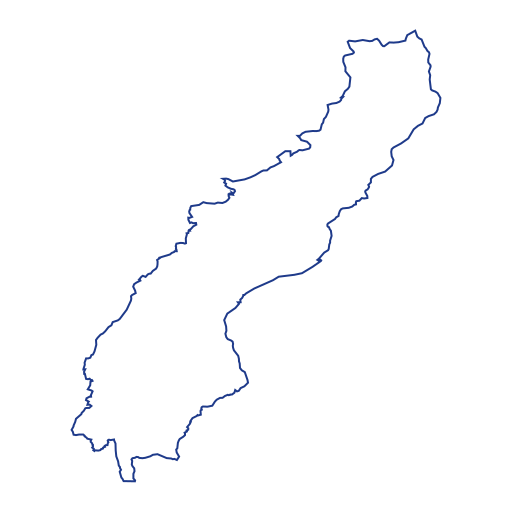 Cernesti, Maramures, Romania
{"feature_id": "2599482B23598129947364", "entity_name": "Cernesti", "entity_type": "district", "adm_level": 2, "iso_a3": "ROU", "parent_name": "Romania", "parent_adm1": "Maramures", "projection": "robinson", "projection_center": [23.78, 47.557], "detail": "fine", "context": "isolated", "style": "outline", "palette": "blue", "viewbox_px": 512, "rotation_deg": 0, "n_neighbors": 0, "source": "geoboundaries", "source_scale": "gbopen_adm2", "svg_char_len": 5996}
<svg xmlns="http://www.w3.org/2000/svg" viewBox="0 0 512 512"><path d="M328.1,250.2L328.7,249.0L329.3,244.4L330.1,242.7L330.1,240.6L331.6,235.9L330.9,230.8L329.6,228.9L329.0,227.2L328.1,226.9L327.4,226.0L327.4,224.4L328.0,223.5L335.0,219.0L336.2,217.3L338.5,216.0L338.8,214.0L339.8,211.1L341.1,209.2L342.8,208.4L348.8,207.8L352.3,206.5L354.2,204.8L356.0,204.4L355.9,202.1L356.3,201.2L359.4,200.7L361.8,198.1L364.1,198.5L367.4,198.0L367.3,196.0L365.4,192.5L365.2,191.3L365.7,190.5L367.6,189.4L368.9,187.4L369.1,186.6L368.3,184.9L370.9,182.4L370.9,178.9L372.5,176.9L378.2,173.9L385.1,171.6L392.0,165.5L393.5,160.0L391.7,156.3L391.2,151.9L391.7,149.2L393.5,147.5L401.0,143.5L408.3,138.4L413.7,129.3L418.0,125.8L422.5,123.5L425.2,118.0L428.6,116.1L434.0,114.3L436.5,111.9L437.6,109.6L437.9,107.5L439.8,103.2L440.4,97.9L437.6,93.1L435.4,91.6L432.1,90.4L430.9,89.3L429.7,79.5L430.2,75.2L428.9,71.5L430.6,66.7L430.5,65.3L428.3,62.5L428.2,59.5L429.5,53.9L429.0,52.3L427.4,50.9L425.8,48.1L424.5,46.8L421.6,39.5L419.3,38.4L417.3,36.6L415.2,30.7L407.3,35.1L405.9,38.5L405.4,40.6L398.6,42.2L393.6,42.6L389.4,42.4L384.3,46.2L383.0,46.1L381.6,44.7L379.1,40.7L377.1,38.8L374.6,39.4L372.2,40.9L369.6,41.2L362.8,40.0L355.1,41.4L349.1,40.7L347.7,41.8L350.1,48.1L353.6,51.5L353.9,52.6L352.5,53.8L345.1,55.5L343.8,56.6L343.2,58.8L343.3,61.9L345.5,67.3L345.4,71.3L350.4,77.4L349.4,86.6L347.9,88.8L344.9,91.3L342.7,96.0L341.4,97.2L342.8,97.2L341.3,98.7L341.1,100.0L339.6,101.6L336.4,103.0L332.0,103.6L327.6,105.0L328.5,109.7L328.2,111.7L325.9,116.9L323.9,119.1L323.1,122.7L321.8,124.3L320.5,129.7L319.1,130.7L316.4,131.1L312.7,131.0L305.5,131.8L302.3,133.4L299.9,135.9L297.8,135.9L300.1,138.2L301.2,140.1L307.0,141.7L310.4,145.1L310.2,147.3L309.1,148.6L302.5,150.3L299.5,150.0L298.6,150.4L297.1,151.7L293.3,153.4L292.2,154.8L290.7,155.7L290.4,151.2L285.3,151.2L277.2,157.1L279.2,159.0L279.7,160.6L281.0,162.2L274.0,166.1L270.5,167.4L266.9,170.4L263.4,170.5L261.5,171.3L255.3,175.1L250.5,177.3L244.6,179.4L232.9,181.5L228.4,179.1L226.1,178.6L223.0,178.8L224.7,179.8L225.1,180.9L224.2,182.5L226.1,183.7L225.4,185.6L227.8,187.4L231.0,188.8L233.6,189.3L234.6,190.0L235.0,191.2L233.3,193.6L232.0,192.7L233.0,194.8L232.4,194.7L231.7,193.0L230.4,193.4L230.1,194.0L230.5,194.5L229.8,194.5L229.1,193.8L228.6,194.2L229.1,194.9L228.6,195.4L228.7,196.3L229.4,197.8L228.1,199.7L225.7,201.7L222.4,203.0L217.8,202.6L214.6,203.7L206.7,203.1L203.3,202.2L199.2,204.9L191.2,206.1L190.3,207.9L190.2,209.7L189.7,209.9L189.2,211.4L189.4,213.0L192.1,216.9L189.4,217.9L188.3,217.7L188.4,219.8L190.0,223.0L191.5,222.4L193.1,223.2L196.0,223.0L196.3,224.7L193.3,226.3L190.7,229.2L189.4,229.8L189.9,230.7L188.6,230.8L188.3,233.0L186.6,233.3L186.9,234.3L185.8,238.4L186.0,243.2L184.9,243.6L183.0,243.0L180.3,242.9L176.4,243.7L175.7,246.2L176.1,246.9L175.9,249.1L176.4,249.4L176.7,251.2L174.6,251.2L174.1,252.0L171.8,252.9L169.9,254.5L159.6,257.6L159.9,258.0L157.1,260.0L157.6,261.5L157.5,264.5L157.2,266.5L156.1,268.6L152.8,270.9L150.7,273.6L149.3,273.7L147.8,274.4L145.6,276.9L142.8,275.8L141.5,276.7L139.1,279.5L140.0,279.8L140.4,280.6L136.4,282.6L134.1,284.2L133.2,286.7L135.1,290.6L135.7,293.1L132.1,295.0L131.0,296.2L131.3,298.6L130.9,300.7L126.7,309.7L119.7,319.0L117.8,320.4L112.7,322.1L111.4,325.3L108.5,327.1L105.2,331.3L102.9,333.5L100.6,334.6L97.6,337.8L96.0,340.0L96.3,344.8L94.5,351.4L93.0,354.5L91.4,355.1L90.3,357.7L88.2,358.4L86.1,358.4L84.6,362.7L84.8,364.8L83.5,368.8L83.4,369.4L85.2,369.3L84.1,371.6L84.2,373.9L84.9,373.9L86.1,378.9L88.0,379.2L89.6,378.7L91.0,380.2L91.9,380.0L92.3,380.5L92.5,380.9L90.5,381.6L90.2,385.3L87.8,389.3L91.5,390.5L92.6,391.3L90.8,395.4L91.0,395.4L91.1,396.7L89.3,396.8L86.5,398.3L86.0,400.1L88.7,401.6L88.2,402.2L87.4,404.8L89.6,404.6L91.4,406.0L89.3,407.9L86.1,408.0L85.2,408.4L83.9,410.7L81.7,412.9L81.3,414.2L76.0,418.8L75.2,421.9L73.6,425.5L73.5,426.5L71.6,429.9L72.8,431.7L73.6,434.7L76.0,435.1L79.2,434.5L83.2,434.5L84.7,435.8L84.6,436.3L86.6,437.7L87.3,438.7L91.3,439.6L90.7,440.8L90.7,441.8L92.2,443.4L92.4,444.8L92.9,444.9L93.0,446.4L92.2,447.6L93.8,448.7L93.8,449.4L93.3,450.2L94.4,451.0L94.9,450.3L98.3,450.6L100.4,450.1L101.2,449.0L102.8,448.7L103.1,448.3L103.0,447.8L103.6,447.2L105.0,446.8L104.7,445.9L105.8,445.2L107.5,445.1L107.8,443.1L108.4,442.3L107.7,440.7L108.3,439.9L109.0,439.7L110.6,440.1L114.0,439.5L114.1,440.4L115.5,443.5L115.7,450.5L116.3,456.4L118.1,461.3L118.8,465.6L120.0,467.1L119.9,467.8L121.0,469.8L119.7,471.7L121.4,477.6L122.4,478.7L123.6,481.1L134.9,481.3L135.1,480.4L133.4,478.4L133.4,473.8L134.5,471.2L134.2,468.3L132.5,466.2L131.8,464.6L132.2,461.0L131.5,459.4L132.5,458.2L134.9,457.8L136.5,456.9L138.2,457.1L139.3,457.9L142.5,458.2L145.3,457.8L150.3,456.3L152.9,454.8L157.5,454.2L166.7,458.1L171.2,458.5L172.8,459.2L174.4,458.9L176.9,460.0L179.1,456.6L176.7,452.5L176.2,449.6L177.3,448.3L177.9,442.8L178.8,440.5L179.7,439.0L183.3,436.7L185.0,435.1L185.0,433.6L184.6,432.7L186.9,431.5L187.0,431.1L186.5,431.0L186.5,430.5L188.2,429.7L188.3,428.3L187.1,427.1L189.9,423.8L190.7,422.0L190.2,421.9L190.4,421.1L192.5,418.1L196.5,416.1L197.5,415.1L197.9,415.5L200.8,414.7L200.5,411.0L200.8,410.2L201.8,409.7L201.3,408.2L201.7,407.2L202.9,406.5L207.5,406.7L212.3,405.7L214.9,401.6L216.7,399.7L220.0,397.9L222.6,397.8L224.9,396.0L227.8,394.8L228.7,395.2L230.2,394.8L230.3,394.5L232.0,394.5L234.4,392.7L235.2,390.0L237.0,391.4L238.8,390.8L240.6,388.1L244.4,386.3L248.0,382.7L247.5,380.0L244.8,372.1L241.8,370.3L240.0,368.0L239.7,363.5L239.0,361.3L238.9,358.8L238.2,355.8L233.9,350.3L233.1,347.8L232.8,345.8L233.1,343.9L232.6,341.6L231.1,340.5L227.7,339.1L226.3,337.2L225.4,333.7L226.4,330.8L226.1,326.4L224.2,320.1L227.3,313.6L235.4,308.0L239.0,303.8L237.9,302.3L240.6,302.2L240.3,299.6L242.1,298.0L243.1,296.2L243.3,295.0L244.4,295.0L246.1,293.4L254.3,288.5L273.0,280.2L278.7,276.7L294.4,274.8L302.0,273.2L312.6,266.8L320.9,261.0L321.2,260.4L320.4,259.8L319.0,260.9L317.4,259.9L318.9,258.7L324.2,252.6L328.1,250.2Z" fill="none" stroke="#1e3a8a" stroke-width="2"/></svg>